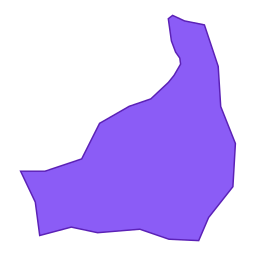 the Unitary Authority of Wokingham
{"feature_id": "GBR-5701", "entity_name": "Wokingham", "entity_type": "Unitary Authority", "adm_level": 1, "iso_a3": "GBR", "parent_name": "United Kingdom", "parent_adm1": "", "projection": "equal_earth", "projection_center": [-0.911, 51.451], "detail": "fine", "context": "isolated", "style": "filled", "palette": "violet", "viewbox_px": 256, "rotation_deg": 0, "n_neighbors": 0, "source": "natural_earth", "source_scale": "10m", "svg_char_len": 459}
<svg xmlns="http://www.w3.org/2000/svg" viewBox="0 0 256 256"><path d="M97.6,232.7L71.3,227.1L39.7,235.5L35.3,202.1L20.6,171.2L45.0,171.2L81.7,158.9L99.6,123.3L129.2,106.3L150.8,98.9L168.4,82.4L174.1,75.3L180.6,64.1L179.8,58.1L175.6,52.1L171.4,40.9L168.3,18.7L172.6,15.4L184.5,20.9L204.4,24.9L218.2,66.4L220.7,106.5L235.4,143.5L232.9,186.7L208.6,217.5L198.7,240.6L168.9,239.2L139.8,229.2L97.6,232.7Z" fill="#8b5cf6" stroke="#5b21b6" stroke-width="1.5"/></svg>